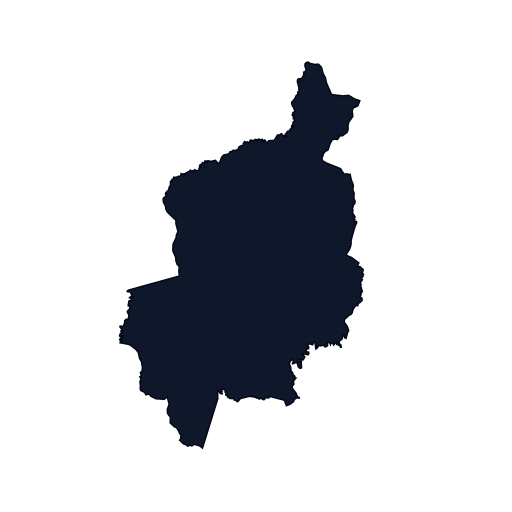 outline of Mueang Prachin Buri, Prachin Buri, Thailand, rotated 16°
{"feature_id": "78962969B52304698369920", "entity_name": "Mueang Prachin Buri", "entity_type": "district", "adm_level": 2, "iso_a3": "THA", "parent_name": "Thailand", "parent_adm1": "Prachin Buri", "projection": "natural_earth1", "projection_center": [101.383, 14.11], "detail": "fine", "context": "isolated", "style": "filled", "palette": "ink", "viewbox_px": 512, "rotation_deg": 16, "n_neighbors": 0, "source": "geoboundaries", "source_scale": "gbopen_adm2", "svg_char_len": 6132}
<svg xmlns="http://www.w3.org/2000/svg" viewBox="0 0 512 512"><g transform="rotate(16 256 256)"><path d="M219.5,440.1L224.8,442.8L226.4,442.6L229.3,445.0L232.0,448.2L233.7,448.5L233.3,450.3L234.1,451.7L233.4,454.1L237.8,456.5L241.4,456.9L242.8,457.6L244.1,456.4L246.9,456.2L247.9,454.4L250.4,454.0L254.3,454.1L257.5,455.4L258.6,403.7L256.1,395.7L256.7,395.6L259.5,398.0L261.4,397.9L261.5,397.4L260.3,396.8L260.8,395.5L259.3,394.7L259.8,393.8L262.4,393.0L263.5,393.8L263.7,395.2L264.9,394.7L265.1,397.9L267.0,398.0L267.3,399.2L270.0,400.1L272.6,399.6L273.3,398.5L274.8,400.4L276.8,400.3L278.1,401.3L278.9,400.6L280.3,397.3L288.4,392.7L293.2,392.0L298.9,392.5L299.5,391.3L302.7,392.1L303.8,391.5L303.6,389.8L307.5,388.9L307.6,387.2L322.9,386.8L326.5,391.5L329.9,388.9L330.9,387.2L331.8,386.5L332.2,385.5L331.7,385.0L332.5,384.0L332.8,382.7L334.6,381.0L336.7,380.7L336.3,379.9L334.6,379.9L332.2,376.7L327.4,373.2L326.7,371.2L327.8,368.7L326.7,366.9L326.6,365.4L328.0,362.4L326.4,362.7L326.6,361.0L325.9,360.5L325.0,360.8L323.1,357.7L321.6,357.2L319.7,352.8L317.7,350.5L317.9,347.4L320.2,345.2L321.0,346.7L320.6,349.0L320.9,349.6L324.1,347.2L325.4,347.9L327.1,350.8L329.1,351.8L330.2,351.5L330.5,350.3L329.0,346.6L328.7,344.7L325.5,345.4L324.9,344.4L325.3,343.8L330.0,342.8L330.7,339.6L329.2,338.4L327.4,337.9L327.4,336.8L333.2,336.7L333.7,335.3L333.0,333.9L330.4,334.1L330.3,330.1L331.0,329.9L331.7,330.9L332.1,330.5L331.7,328.8L330.0,327.9L331.5,325.6L334.7,325.8L335.5,324.2L335.8,321.9L337.2,322.4L337.5,325.3L339.2,328.9L340.6,326.8L340.7,324.9L343.3,324.5L344.9,323.0L347.6,324.4L349.1,323.2L349.5,322.0L348.2,320.0L348.4,319.4L350.9,319.3L352.0,320.6L352.1,318.9L353.0,318.6L354.3,319.2L355.2,320.2L356.0,318.4L356.1,317.0L356.8,316.6L357.9,318.7L361.2,319.1L362.5,320.4L363.1,320.3L362.3,318.3L360.1,317.2L359.8,316.1L359.1,315.6L361.6,312.2L361.5,308.3L362.6,308.2L363.7,310.1L365.2,310.4L365.2,304.0L365.7,302.2L363.1,298.5L359.1,295.3L358.5,292.7L361.7,287.5L363.5,285.8L364.1,284.2L364.0,280.7L364.9,277.6L365.8,276.1L367.6,275.6L367.2,273.7L368.9,271.9L370.2,269.4L369.6,267.5L367.3,266.5L367.6,264.3L367.3,261.9L368.1,261.0L364.9,255.9L364.8,254.2L363.5,253.3L364.8,249.5L363.6,248.8L363.6,247.8L364.5,246.3L364.2,244.8L364.5,244.2L362.8,242.8L362.9,239.7L362.1,239.0L360.4,238.8L359.9,237.8L357.7,237.6L357.0,238.3L356.1,237.9L356.8,234.3L348.3,231.1L342.6,230.4L342.6,228.4L344.0,223.9L344.3,220.7L344.0,217.7L343.2,215.4L343.0,210.8L343.0,200.9L343.6,196.0L343.0,195.2L341.3,195.5L340.9,194.8L341.0,193.6L339.7,193.3L340.5,191.1L336.8,187.9L336.7,185.6L335.6,183.7L335.8,181.3L335.2,180.5L336.5,178.6L336.2,176.0L334.1,173.5L333.0,168.6L330.8,165.7L330.2,161.6L329.1,159.7L326.7,156.7L323.9,151.5L323.2,152.0L320.5,151.9L318.8,153.2L314.9,150.6L314.0,149.2L312.1,148.6L298.1,147.2L294.1,146.2L292.5,144.5L292.7,138.8L294.0,136.0L295.7,134.7L296.1,133.4L296.2,128.3L297.1,123.6L299.0,122.0L302.2,121.6L303.6,117.2L305.9,116.7L309.4,112.1L309.7,109.2L308.6,105.6L308.2,102.2L310.6,95.1L308.5,90.2L308.5,87.7L308.9,86.8L312.5,83.6L313.0,78.1L307.4,77.8L300.7,76.0L296.0,78.0L285.4,79.8L283.8,79.6L276.1,70.3L273.7,65.6L270.4,62.3L266.9,56.5L263.1,54.4L259.5,55.7L254.4,55.9L252.4,55.2L250.7,56.6L250.2,57.9L250.7,60.0L252.9,63.1L252.3,65.4L251.3,65.9L251.9,69.8L250.7,73.0L248.0,74.0L247.4,74.8L247.6,76.9L251.0,82.6L251.0,83.4L252.0,85.3L250.9,87.1L251.8,88.9L250.4,90.5L250.0,93.8L247.9,98.7L249.5,101.7L251.8,103.0L251.7,103.9L253.3,105.4L253.4,106.6L251.9,108.0L252.2,109.5L251.8,110.3L252.9,111.3L253.6,110.7L254.0,113.8L255.0,113.5L255.8,114.8L254.7,117.6L255.4,118.0L254.9,119.8L256.0,120.5L256.4,121.7L254.5,121.2L254.6,122.1L255.2,122.7L254.1,124.4L254.3,125.6L253.6,125.8L253.4,127.0L252.1,127.3L251.4,128.7L251.5,129.8L250.7,130.8L250.0,130.9L251.3,131.3L252.3,132.6L250.5,133.5L250.7,132.4L248.5,132.9L247.1,131.4L246.5,131.5L245.2,133.3L243.3,133.7L241.7,139.8L236.5,141.6L235.4,144.0L233.9,143.5L233.4,142.6L232.4,142.1L231.8,142.6L232.1,143.7L231.7,144.3L231.0,144.1L230.5,142.6L229.8,142.1L228.6,143.0L226.4,142.8L225.4,144.0L222.9,144.2L222.4,145.3L221.1,145.9L218.6,146.1L218.2,149.1L216.4,148.6L215.3,149.4L213.4,149.2L212.8,151.4L213.2,153.3L211.5,154.0L209.6,155.7L209.6,157.5L207.8,160.0L204.7,160.8L203.4,162.8L202.2,163.0L201.9,165.2L197.0,167.9L195.7,170.8L195.3,175.6L194.7,177.0L193.7,177.2L190.6,175.2L186.4,177.6L183.5,177.6L183.1,178.1L183.6,179.4L183.3,179.8L182.2,179.6L181.8,178.5L180.7,178.7L180.8,180.7L178.9,180.9L178.3,183.0L177.0,183.9L177.1,185.9L178.3,186.0L177.1,187.4L177.2,189.6L175.4,190.4L173.4,189.9L172.3,191.5L171.6,191.4L170.6,192.3L169.3,191.5L168.4,193.2L165.9,195.3L165.6,196.4L163.9,196.8L164.0,197.7L164.8,198.3L163.3,198.4L162.6,197.5L161.3,197.4L161.6,199.0L160.9,200.4L159.8,200.5L157.4,202.5L155.2,202.9L155.4,205.0L154.3,205.2L154.7,206.7L153.9,206.7L153.3,207.8L154.3,212.1L153.6,213.2L153.7,216.8L151.9,219.9L151.9,221.5L152.8,222.4L152.9,223.7L151.6,224.8L151.0,226.8L152.1,229.7L155.0,232.7L156.5,235.9L158.8,238.3L169.2,243.8L170.1,247.0L174.2,253.9L173.7,258.2L174.2,259.9L173.0,267.4L174.6,273.9L179.2,279.5L180.4,282.8L182.5,285.8L185.0,287.1L186.4,293.3L187.1,294.2L187.6,296.5L143.0,323.8L141.8,325.2L142.4,325.8L143.8,325.1L144.1,325.5L144.6,324.8L145.9,325.1L146.1,326.7L146.8,326.9L147.5,328.7L148.6,329.0L146.4,330.0L145.9,331.0L148.4,331.4L147.9,333.5L146.5,333.9L146.3,334.6L146.8,339.1L149.0,339.3L149.0,341.8L147.5,344.6L148.3,346.0L150.2,347.7L150.5,351.4L150.2,352.0L148.3,352.9L147.6,354.5L148.2,356.7L147.6,360.8L145.6,360.5L144.6,361.0L144.7,361.6L147.5,363.9L146.8,365.6L148.1,366.5L146.9,368.4L146.8,370.4L147.5,370.8L150.2,369.5L150.2,370.2L148.3,372.6L150.4,373.6L150.2,374.2L148.3,374.2L149.3,375.5L149.3,376.9L157.2,376.1L159.9,376.3L166.4,379.0L169.4,381.2L172.5,386.8L175.0,389.1L177.6,394.5L178.2,398.1L177.0,399.9L178.8,402.6L177.6,404.3L179.4,405.6L179.1,409.0L180.7,412.7L181.3,415.5L182.2,417.0L186.5,417.8L188.5,419.8L191.2,418.1L193.6,419.8L199.2,420.8L207.4,419.0L209.1,416.4L209.9,416.5L213.4,422.5L213.0,427.6L213.9,430.7L214.8,432.1L218.1,434.6L219.5,440.1Z" fill="#0f172a" stroke="#020617" stroke-width="1.5"/></g></svg>